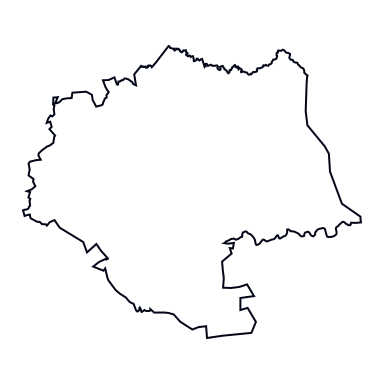 Mopani, Limpopo, South Africa (Robinson projection)
{"feature_id": "47623444B84816538378710", "entity_name": "Mopani", "entity_type": "district", "adm_level": 2, "iso_a3": "ZAF", "parent_name": "South Africa", "parent_adm1": "Limpopo", "projection": "robinson", "projection_center": [30.66, -23.827], "detail": "fine", "context": "isolated", "style": "outline", "palette": "ink", "viewbox_px": 384, "rotation_deg": 0, "n_neighbors": 0, "source": "geoboundaries", "source_scale": "gbopen_adm2", "svg_char_len": 5785}
<svg xmlns="http://www.w3.org/2000/svg" viewBox="0 0 384 384"><path d="M108.3,280.2L115.5,289.9L120.0,293.8L125.6,297.3L129.8,302.1L133.6,303.9L136.1,310.4L137.4,311.5L139.1,310.3L139.3,309.8L139.4,308.0L139.8,307.5L141.0,309.9L141.3,311.6L141.5,311.9L142.5,311.5L144.5,310.0L145.3,310.6L146.8,311.1L149.5,310.9L150.1,310.6L150.3,310.1L150.3,309.1L154.2,312.6L164.5,312.5L168.6,313.0L173.7,314.4L180.4,321.9L192.4,329.5L198.6,327.1L206.1,326.2L207.0,338.0L222.7,335.7L251.4,332.9L255.9,321.9L247.6,307.9L240.4,310.0L240.4,298.0L254.0,296.1L247.1,284.4L239.1,287.0L230.8,288.0L223.1,287.7L223.8,278.0L222.8,270.3L222.1,261.6L231.6,253.6L229.8,248.1L232.9,248.5L233.9,242.9L228.1,243.7L224.3,243.1L224.9,242.8L225.8,241.6L229.5,240.0L230.7,239.1L233.9,238.6L234.5,238.8L235.3,239.5L236.1,239.7L238.3,238.9L240.9,237.0L242.1,236.8L242.2,236.3L242.3,234.0L243.0,232.5L245.1,231.5L246.0,231.4L246.6,231.7L248.1,233.4L250.4,234.2L252.9,236.6L254.6,239.2L254.9,239.9L255.8,244.3L256.6,245.0L257.8,244.7L259.6,243.6L262.6,239.8L263.1,239.6L264.0,239.7L265.9,241.2L267.2,241.4L272.0,239.5L273.7,239.2L274.6,238.7L276.9,235.5L277.6,235.3L278.1,235.5L278.7,237.5L279.1,238.2L279.6,238.5L280.2,238.5L283.7,236.3L285.1,236.0L285.6,235.5L286.4,234.5L287.1,232.8L287.2,229.5L288.3,229.3L290.8,231.2L294.0,231.5L297.9,233.3L298.7,233.8L300.5,235.9L301.9,236.4L303.3,236.2L304.1,235.9L304.5,233.6L305.1,232.6L307.2,231.9L308.4,231.8L309.3,232.6L310.4,234.5L311.5,235.6L312.8,236.3L313.4,236.3L315.1,234.6L315.3,232.4L317.2,229.9L319.1,228.9L322.4,228.2L323.6,228.1L324.7,228.7L325.1,229.5L326.1,233.7L327.0,236.4L327.6,236.9L330.6,237.0L333.4,236.4L335.6,235.0L336.3,234.3L336.6,233.0L336.5,231.6L335.9,229.0L335.9,228.2L336.2,227.6L336.5,227.1L338.1,226.1L339.0,225.0L342.0,222.2L343.1,221.8L344.1,222.0L344.9,222.8L345.6,223.2L346.1,223.9L347.2,224.3L347.8,224.9L349.1,225.3L350.4,225.1L350.7,224.7L350.6,223.7L351.2,222.7L355.8,222.9L361.0,222.4L360.5,219.2L360.5,216.7L341.9,203.7L330.0,171.6L328.9,153.8L324.8,146.4L307.4,125.3L305.7,111.4L306.6,84.1L307.1,76.8L307.4,76.3L307.5,75.4L306.7,75.0L304.3,72.8L304.2,70.6L303.5,68.8L303.0,68.3L300.6,67.2L298.8,65.0L298.0,64.6L297.4,62.8L296.8,62.6L295.7,62.6L293.7,61.9L293.4,61.7L293.2,60.4L292.4,59.8L290.6,59.7L290.0,59.0L289.3,57.7L290.1,54.5L290.0,53.9L288.3,53.0L285.8,52.5L285.0,51.1L283.6,50.0L282.6,49.7L281.3,50.8L278.5,50.5L278.1,50.6L277.9,51.1L278.0,52.3L277.9,52.6L276.7,52.8L276.7,53.8L276.4,54.9L276.6,55.3L276.9,55.4L277.2,56.0L276.6,57.6L276.5,58.6L275.0,59.4L273.2,59.6L272.7,60.8L271.8,61.8L271.6,63.4L270.0,64.4L269.3,64.4L268.3,65.8L266.6,65.4L265.9,64.9L264.4,65.7L263.6,65.3L263.2,65.6L263.0,66.8L260.6,68.1L259.6,68.3L257.5,68.3L256.8,69.7L257.2,70.6L256.8,71.5L254.9,72.1L253.2,72.0L251.3,74.2L250.7,73.8L249.9,74.6L248.7,74.7L248.2,74.4L246.9,72.5L245.2,72.3L243.5,71.5L241.2,72.2L241.0,71.3L241.8,69.7L241.7,69.4L241.0,68.8L240.0,68.4L239.1,68.7L238.5,69.3L238.2,68.5L238.7,67.5L238.3,67.3L238.1,66.6L237.8,66.5L236.8,67.4L235.9,67.3L235.4,66.8L235.7,66.0L234.9,65.0L234.0,65.6L233.1,66.9L232.2,67.3L231.9,68.7L231.2,69.2L231.0,70.0L229.9,70.0L229.5,70.4L229.5,71.1L229.7,71.6L229.0,72.9L228.5,73.2L228.2,72.6L227.5,72.5L226.5,70.6L224.3,69.0L224.3,68.3L223.4,67.6L223.1,66.3L222.7,65.9L221.5,66.5L221.0,66.3L220.7,66.7L220.0,67.1L220.6,69.3L219.9,70.1L218.0,69.2L217.3,67.7L217.8,67.1L217.9,66.4L217.3,65.5L216.4,65.4L214.9,65.9L213.6,65.6L212.6,66.0L211.3,64.9L210.6,64.7L208.7,65.7L208.4,65.7L208.0,65.4L207.4,65.7L207.5,65.0L207.0,64.2L206.6,63.8L205.5,63.9L205.1,64.2L205.2,66.0L204.6,66.8L202.1,59.0L201.1,59.4L200.7,59.3L199.5,60.5L198.2,59.7L197.9,58.9L197.0,58.6L196.6,58.9L196.7,59.6L196.0,60.3L195.6,60.7L194.6,60.7L194.3,61.2L194.0,61.2L193.7,60.9L193.8,59.8L193.4,57.7L193.1,57.0L193.1,56.4L192.8,56.1L191.5,56.6L191.0,56.5L190.7,56.9L190.0,55.8L189.1,55.5L188.6,56.1L187.8,56.2L186.0,54.7L186.0,54.4L186.7,53.6L187.2,53.7L187.6,53.2L185.9,51.7L185.8,50.2L183.8,50.6L183.4,50.4L182.7,51.6L182.0,51.7L181.8,52.2L181.5,52.3L180.0,51.2L179.6,49.7L179.1,49.3L178.7,49.4L178.5,48.9L177.8,49.2L177.2,48.7L176.7,48.7L176.6,49.3L175.4,49.6L175.2,50.1L174.5,50.5L174.1,49.6L174.3,48.7L173.1,48.9L172.2,48.4L170.3,48.0L169.9,47.6L169.6,46.5L168.6,46.0L155.9,62.5L151.8,67.2L151.1,65.9L150.7,65.6L149.9,65.7L149.2,65.4L149.1,65.8L148.0,65.9L147.9,67.2L147.5,67.5L146.9,67.4L146.3,67.8L145.7,67.5L145.5,66.5L143.6,67.0L142.8,66.3L142.4,66.7L141.4,66.9L141.3,66.7L141.5,66.6L141.0,66.0L134.2,74.4L136.0,85.3L133.2,84.0L132.1,81.9L130.5,81.0L128.4,79.3L126.1,78.6L124.6,78.5L122.7,80.3L122.0,80.1L121.3,80.4L120.4,81.3L118.5,81.5L118.1,84.4L117.7,84.6L116.9,84.4L114.4,77.4L108.6,80.0L103.0,80.3L105.3,86.6L107.2,90.2L108.7,92.0L107.9,93.4L106.7,94.6L106.5,95.8L106.6,97.6L105.0,98.5L104.7,98.8L104.1,100.8L103.1,102.4L102.9,104.0L101.9,105.1L96.2,106.6L92.7,100.1L91.9,94.8L86.2,91.7L72.4,92.7L71.6,98.1L67.0,98.3L62.3,99.2L59.1,102.4L55.0,103.6L57.8,97.2L53.4,97.6L53.1,104.6L54.4,106.0L53.7,108.6L54.4,114.4L52.3,116.4L50.4,115.5L48.2,118.7L46.7,122.9L50.2,121.7L51.7,126.8L49.4,129.1L55.1,135.6L54.3,136.7L53.3,142.9L49.7,145.5L47.1,146.5L42.2,150.1L38.7,153.4L38.5,155.8L40.7,159.7L35.9,160.2L30.2,161.6L28.6,163.4L29.7,169.9L28.9,173.2L28.6,175.5L33.6,179.1L33.0,181.5L35.3,186.3L31.8,189.3L27.1,191.2L30.1,192.1L28.4,197.4L30.3,198.9L29.5,201.0L30.0,203.2L29.8,203.8L30.1,205.6L28.9,207.0L28.9,207.7L28.1,208.8L26.6,209.5L25.7,209.5L23.0,210.3L24.6,216.0L27.0,215.1L29.8,214.6L30.3,217.3L30.8,218.4L37.2,221.8L39.7,221.9L42.0,224.1L45.8,224.3L46.9,225.6L49.7,222.2L54.5,220.1L59.7,227.7L83.2,242.0L87.0,252.4L96.4,244.0L100.8,250.5L107.5,258.0L107.1,258.1L107.6,258.9L106.4,259.5L105.9,258.8L98.8,262.1L93.2,266.6L103.5,270.7L105.2,268.4L107.3,277.3L108.3,280.2Z" fill="none" stroke="#020617" stroke-width="2"/></svg>